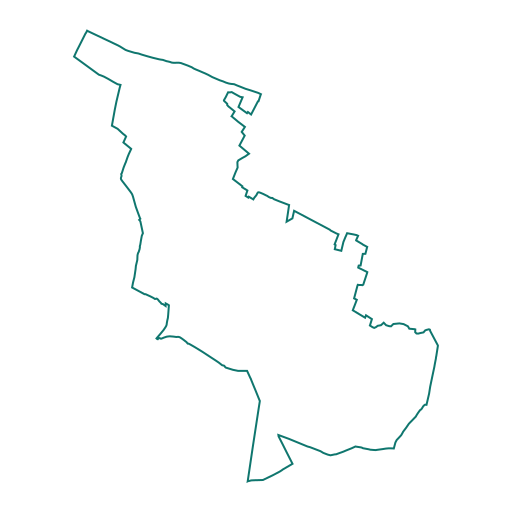 Santa Isabel Xiloxoxtla, Tlaxcala, Mexico
{"feature_id": "50627088B18740069237602", "entity_name": "Santa Isabel Xiloxoxtla", "entity_type": "district", "adm_level": 2, "iso_a3": "MEX", "parent_name": "Mexico", "parent_adm1": "Tlaxcala", "projection": "equal_earth", "projection_center": [-98.207, 19.264], "detail": "fine", "context": "isolated", "style": "outline", "palette": "teal", "viewbox_px": 512, "rotation_deg": 0, "n_neighbors": 0, "source": "geoboundaries", "source_scale": "gbopen_adm2", "svg_char_len": 5637}
<svg xmlns="http://www.w3.org/2000/svg" viewBox="0 0 512 512"><path d="M428.9,329.3L426.5,329.9L425.2,330.4L423.5,332.4L420.5,333.0L418.2,333.6L416.5,333.5L415.2,332.2L415.3,329.4L414.6,329.2L409.3,328.7L407.9,326.3L403.6,324.1L399.4,323.4L393.4,324.0L391.0,326.3L389.3,326.2L386.1,325.2L383.7,322.7L381.0,325.2L377.7,325.8L376.0,327.1L374.2,327.9L372.6,327.2L369.9,325.5L370.3,324.3L371.9,319.1L366.0,315.3L365.1,317.7L352.8,310.3L353.8,307.6L353.9,307.3L354.1,306.9L356.8,299.8L354.1,298.4L357.4,285.9L357.8,284.8L359.1,285.0L359.9,285.0L361.3,285.0L362.4,285.2L363.3,284.6L363.5,283.9L367.2,272.7L367.3,272.1L358.2,267.6L358.2,267.4L358.7,265.6L360.6,265.5L362.8,253.9L365.4,253.8L367.1,247.2L367.2,246.9L362.9,244.6L362.3,244.1L356.1,240.4L356.1,240.2L358.1,235.8L356.6,235.1L353.4,234.4L347.1,233.2L345.8,236.3L345.6,236.6L345.5,236.9L343.4,242.0L341.3,250.8L334.8,249.2L335.6,245.1L334.6,244.4L338.4,234.6L338.5,234.3L336.5,233.5L330.6,230.5L329.8,229.7L294.1,210.8L292.4,218.4L287.3,221.3L286.6,221.7L287.8,213.8L289.1,205.0L287.9,204.6L280.0,201.6L279.7,201.5L274.0,199.2L272.9,198.4L272.5,198.0L271.9,197.9L271.2,198.0L270.1,197.6L268.6,196.9L267.4,196.0L265.9,195.3L263.3,194.0L261.2,193.1L259.4,192.4L258.2,192.3L257.5,193.0L256.3,195.3L254.3,197.7L253.3,199.4L252.5,198.9L248.8,196.7L248.3,197.6L245.9,196.1L245.6,195.9L247.4,190.5L247.1,190.3L242.2,187.3L242.4,186.3L232.9,179.0L235.5,172.4L237.6,167.6L237.6,167.2L237.6,166.8L237.5,166.0L237.5,165.2L237.4,162.9L237.4,162.1L238.3,160.4L242.3,158.0L245.4,156.3L249.0,153.7L248.2,153.0L245.1,150.4L239.4,145.6L241.3,142.0L244.7,135.6L242.6,133.0L242.5,132.9L241.7,131.9L244.9,126.9L237.8,121.5L236.9,120.7L231.6,116.3L231.7,116.2L234.6,111.4L228.3,106.3L227.2,105.0L227.2,103.8L224.0,100.8L223.9,100.3L225.8,97.0L228.1,92.3L229.9,92.4L231.7,92.1L234.3,93.6L240.1,96.8L242.6,97.3L238.5,107.0L247.0,113.2L247.9,112.0L251.1,114.5L257.9,101.4L258.1,101.4L258.5,101.3L260.8,94.4L260.9,94.2L258.2,92.9L250.4,90.3L245.5,88.8L240.5,86.8L236.9,85.4L235.1,84.6L234.1,84.2L231.0,83.9L228.8,83.5L225.9,82.6L223.1,81.4L219.8,80.3L212.3,77.1L208.3,74.9L204.9,73.3L202.5,72.3L199.3,70.9L195.9,69.5L193.9,68.6L192.6,67.8L191.7,67.2L189.7,66.4L188.1,65.7L186.5,65.1L185.4,64.7L182.1,63.5L181.1,63.1L179.4,62.8L178.5,62.7L174.5,62.8L173.7,62.8L171.8,62.6L169.8,61.9L167.7,61.4L166.6,61.2L164.9,60.6L162.9,59.9L160.8,59.6L159.1,59.3L155.8,58.5L152.9,57.8L147.1,56.2L141.7,54.6L138.5,53.5L138.0,53.4L134.6,52.8L132.2,52.1L127.9,50.8L125.5,49.9L124.7,49.4L119.7,46.3L119.2,46.1L118.6,45.7L87.4,30.9L87.1,30.7L86.6,31.7L86.1,32.7L85.5,33.5L78.5,47.4L77.2,49.9L74.1,56.6L79.6,60.6L97.8,73.9L98.9,74.7L101.2,75.5L103.9,76.6L108.2,78.9L113.3,81.9L115.5,83.1L117.5,84.2L120.1,84.8L120.5,84.9L119.6,88.2L117.7,96.2L116.4,101.7L114.8,109.6L111.9,125.7L112.3,125.9L117.6,128.8L122.9,133.7L125.2,135.5L126.1,136.5L123.4,142.5L131.0,148.7L131.2,148.9L129.8,151.9L128.9,153.8L127.6,157.0L126.1,161.3L125.9,162.0L125.3,163.3L124.3,165.8L123.6,167.6L122.9,169.8L122.3,171.7L121.8,173.2L121.5,173.6L121.2,174.1L121.4,174.8L121.5,175.3L121.5,176.1L121.3,176.7L121.0,177.7L120.9,178.5L121.1,179.4L121.8,180.4L122.5,181.4L125.7,185.5L130.5,191.8L131.8,193.7L132.3,194.7L133.0,196.7L135.8,206.8L138.2,213.4L140.1,218.5L140.3,218.8L139.2,219.9L139.7,220.4L140.0,220.8L140.2,221.2L140.4,221.5L142.7,232.3L142.9,233.2L141.8,235.8L140.9,240.7L140.3,244.5L139.8,246.3L139.9,246.7L139.9,247.2L139.6,249.1L138.7,251.9L138.0,253.2L137.5,255.2L137.3,260.0L135.9,265.9L135.6,269.1L134.4,277.2L133.0,282.7L132.1,287.5L136.2,289.7L144.5,294.2L145.6,294.2L150.4,296.4L153.3,297.9L155.0,299.0L156.7,298.6L157.8,299.4L159.3,301.3L160.9,302.9L161.4,303.7L163.1,304.2L165.6,306.0L165.7,303.4L168.6,305.0L168.9,305.3L168.2,314.6L167.9,317.9L167.3,320.4L167.0,322.1L166.9,322.6L166.6,324.8L166.2,325.9L166.1,326.1L165.4,327.3L163.5,330.1L160.1,334.2L157.0,337.8L156.5,338.4L157.3,339.1L157.8,339.2L158.0,338.9L158.3,338.5L159.0,338.1L159.7,338.1L160.3,338.5L161.0,338.7L161.5,338.6L163.9,337.6L166.6,336.7L167.9,336.5L169.6,336.3L170.1,336.3L170.4,336.3L170.8,336.4L172.2,336.5L173.5,336.6L176.3,337.0L177.5,336.9L178.5,336.9L179.7,337.2L181.6,338.4L183.4,339.7L186.5,342.1L187.7,343.6L188.5,343.6L190.1,344.4L194.6,347.0L202.1,351.6L213.1,358.8L215.7,360.5L218.8,362.6L222.1,365.2L224.1,365.7L224.5,366.1L225.3,367.2L225.8,367.6L232.9,369.8L238.2,370.9L247.1,370.9L247.2,371.1L250.3,377.9L250.6,378.4L250.7,378.5L251.0,379.4L253.4,385.3L255.6,390.6L259.6,400.5L259.8,400.8L259.8,401.3L258.8,407.6L252.7,447.5L247.7,481.3L247.9,481.2L249.0,481.0L251.2,480.4L255.6,480.2L256.8,480.2L262.9,480.0L272.5,475.4L279.7,471.6L281.9,470.2L282.6,469.6L292.5,463.8L286.3,451.6L282.7,444.4L278.6,436.4L278.4,435.0L289.0,438.9L307.5,446.5L310.1,447.2L320.5,451.2L323.3,452.9L327.7,454.6L330.5,455.3L334.7,454.4L336.1,454.3L336.9,454.0L339.6,453.0L341.6,452.3L342.4,452.0L343.5,451.6L345.8,450.6L351.8,448.2L354.8,446.8L355.4,446.5L355.7,446.6L355.9,446.6L361.0,447.4L362.0,447.7L362.9,448.2L368.8,449.3L370.3,449.7L374.1,450.0L375.7,450.1L376.8,449.9L382.6,449.1L385.7,448.6L388.9,448.3L392.7,448.4L393.8,448.5L394.5,445.9L395.4,442.5L395.6,442.1L396.7,440.0L398.6,438.0L401.2,435.2L402.3,433.3L403.2,431.6L406.1,427.8L408.9,423.7L415.5,416.9L415.9,416.5L416.2,415.8L417.7,413.4L419.2,411.3L420.1,410.1L420.9,409.6L421.7,408.8L422.6,407.3L423.2,406.3L424.3,405.2L425.1,404.7L426.5,404.8L429.0,394.1L429.1,393.6L430.2,386.6L432.7,374.6L434.4,366.6L434.5,365.9L435.0,363.1L435.9,358.5L436.0,357.3L436.3,356.0L436.4,355.4L437.9,345.8L437.9,345.5L437.8,345.3L430.2,331.0L429.9,329.7L428.9,329.3Z" fill="none" stroke="#0f766e" stroke-width="2"/></svg>